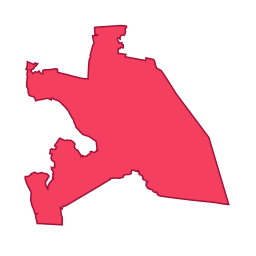 the district of Sarichioi, Romania, rotated 4°
{"feature_id": "2599482B95501245922169", "entity_name": "Sarichioi", "entity_type": "district", "adm_level": 2, "iso_a3": "ROU", "parent_name": "Romania", "parent_adm1": "", "projection": "robinson", "projection_center": [28.799, 44.916], "detail": "fine", "context": "isolated", "style": "filled", "palette": "rose", "viewbox_px": 256, "rotation_deg": 4, "n_neighbors": 0, "source": "geoboundaries", "source_scale": "gbopen_adm2", "svg_char_len": 5601}
<svg xmlns="http://www.w3.org/2000/svg" viewBox="0 0 256 256"><g transform="rotate(4 128 128)"><path d="M209.3,131.8L173.8,90.7L160.7,72.9L157.1,68.4L156.7,68.2L155.8,68.2L155.5,67.5L154.7,67.5L153.3,66.6L152.3,66.4L151.9,65.5L151.7,64.6L150.8,63.1L150.8,62.2L150.3,61.2L149.9,59.5L148.7,57.9L141.1,56.8L140.8,59.5L120.3,57.2L120.7,54.7L112.9,54.3L113.1,53.2L112.8,52.4L112.9,49.4L114.4,49.5L115.1,48.0L117.5,48.5L117.7,47.0L117.6,46.1L117.4,45.3L116.0,45.0L116.0,43.4L114.3,43.7L113.5,44.1L113.4,44.0L113.3,43.4L111.7,41.5L111.3,40.1L111.2,39.3L111.6,38.9L111.9,38.8L113.7,39.4L113.9,40.3L114.2,40.7L114.0,40.2L113.8,38.1L114.4,36.3L114.7,36.1L115.3,36.0L116.3,35.6L118.0,35.6L118.9,32.2L118.4,30.9L118.3,30.0L118.4,29.2L119.1,28.3L119.6,27.1L119.3,26.4L113.6,26.3L101.3,28.0L99.2,28.4L98.7,28.3L90.3,29.5L87.7,30.0L88.4,36.7L89.6,36.9L91.7,37.7L86.3,38.4L86.7,40.5L88.0,45.0L88.2,46.0L87.1,48.2L85.3,57.6L85.2,58.4L85.8,59.3L85.2,60.2L85.0,62.6L84.5,62.8L84.4,69.3L84.7,81.7L80.4,81.8L78.4,81.7L72.7,80.8L61.9,78.7L61.1,78.6L60.5,78.8L59.9,78.4L53.8,77.4L54.0,76.4L53.5,75.6L53.7,74.7L52.7,73.9L51.6,74.0L49.7,74.4L48.5,74.5L48.0,74.8L44.3,75.5L41.2,75.7L39.0,76.5L39.3,79.7L38.6,79.8L37.9,79.7L36.4,78.9L35.7,77.8L35.2,77.3L33.5,79.0L31.5,78.3L29.2,80.4L27.0,77.4L27.3,77.5L27.5,77.4L27.7,76.7L28.0,76.4L29.1,75.7L29.6,75.6L29.9,75.3L29.8,75.0L31.1,72.7L31.6,72.8L33.1,70.8L33.4,70.0L31.5,70.0L30.6,69.6L30.2,70.0L29.8,71.2L23.0,68.9L23.1,70.3L23.0,74.1L22.2,76.7L23.8,76.8L23.8,79.0L23.6,79.1L23.5,82.2L24.1,83.1L24.2,84.1L23.8,85.3L24.0,87.5L23.7,89.0L23.7,89.3L23.9,89.6L24.0,91.1L23.9,92.3L24.2,93.7L24.1,94.0L25.0,95.1L25.4,96.0L26.1,100.1L26.8,101.7L27.1,102.2L27.7,102.6L28.5,102.8L31.1,103.2L32.1,103.7L32.7,104.6L33.4,105.2L33.7,107.0L34.0,107.4L36.4,106.3L38.5,106.0L43.9,104.4L45.7,104.1L47.0,104.2L47.9,105.0L49.7,105.3L49.8,104.8L49.3,103.6L50.7,103.3L51.0,103.3L51.8,103.9L51.9,104.1L51.8,104.3L52.4,104.6L56.2,105.5L58.0,106.5L59.7,107.8L60.9,109.0L61.4,109.1L61.3,109.4L63.3,110.9L64.5,112.3L65.3,112.9L65.7,113.6L66.6,114.3L67.5,115.5L68.8,117.4L69.0,118.2L69.5,118.5L70.4,119.6L70.5,120.3L71.1,121.4L71.6,121.7L72.7,123.2L73.9,125.9L74.1,127.0L74.7,127.6L75.3,128.5L75.8,130.3L76.4,131.3L78.9,133.3L80.6,135.3L81.8,136.1L83.3,137.6L85.6,138.1L87.8,138.8L89.0,138.9L90.1,139.4L94.4,141.9L95.3,142.1L96.1,143.0L97.3,143.8L97.9,147.5L98.7,151.3L99.4,151.9L99.0,152.5L99.0,152.8L98.9,152.8L98.9,152.6L98.2,152.4L98.0,153.2L96.3,154.7L95.2,154.7L93.2,153.9L92.1,154.2L92.0,155.1L92.2,155.6L92.0,156.2L90.0,157.3L89.4,158.1L89.3,158.7L89.0,158.8L88.3,159.1L87.2,159.3L85.3,159.1L84.8,159.6L84.8,158.9L84.2,159.1L84.1,159.4L84.1,159.6L84.0,159.4L84.0,159.0L83.5,158.9L83.3,159.1L83.4,158.6L83.1,158.7L82.7,158.4L81.6,156.7L80.7,155.6L79.7,154.0L79.1,153.6L77.2,152.8L76.8,152.1L76.2,151.6L76.0,151.0L75.9,149.7L76.0,149.5L75.9,149.1L76.2,148.1L76.2,147.5L74.5,145.9L72.2,144.4L70.5,144.2L69.3,144.7L68.0,144.2L66.5,144.8L65.7,144.8L65.2,144.7L64.6,144.3L62.6,143.8L60.9,142.8L60.3,143.3L56.0,150.7L56.0,151.0L58.0,152.0L57.0,154.2L56.6,154.5L53.0,154.2L52.0,155.0L52.1,155.4L51.8,159.2L54.0,159.2L53.3,163.5L54.0,164.8L54.8,166.0L56.4,166.4L56.6,166.5L57.0,167.1L57.3,169.7L57.4,169.9L57.6,172.4L57.4,172.8L56.9,173.0L55.8,172.5L55.3,172.8L54.4,172.6L54.6,173.0L54.4,174.2L56.4,176.7L56.6,178.1L56.8,178.1L56.9,178.7L56.6,178.7L56.4,179.3L56.2,179.4L56.2,179.9L56.8,180.6L56.7,181.2L56.4,181.5L56.5,182.8L56.4,182.8L56.2,183.4L57.3,183.9L56.0,185.2L53.6,188.3L52.3,191.3L52.2,192.3L52.2,194.3L50.9,192.8L51.0,192.5L50.9,192.1L50.1,191.0L49.4,188.0L50.1,186.7L50.2,186.1L51.1,185.1L51.1,184.4L51.6,183.8L51.8,182.8L52.4,182.4L52.5,182.1L52.5,181.3L51.0,179.9L50.3,179.4L49.1,179.1L47.5,179.2L45.6,178.7L44.8,178.4L44.4,178.5L43.6,179.1L40.0,179.8L38.8,178.9L37.8,178.7L37.0,179.0L36.1,179.7L35.1,180.1L34.5,180.5L34.4,180.7L34.6,181.1L34.5,181.3L32.4,182.9L31.2,183.3L28.8,183.6L29.1,186.4L29.6,187.3L29.9,188.3L31.1,190.9L31.6,191.6L32.5,193.4L33.0,194.1L33.7,195.5L34.7,196.8L35.8,198.8L35.9,200.4L36.1,201.0L35.9,201.5L35.9,203.2L36.1,203.9L35.9,205.2L36.1,206.6L36.1,207.4L36.7,208.9L37.5,211.7L37.7,211.8L38.1,213.1L39.7,216.0L39.8,216.6L40.2,217.2L40.6,218.3L40.5,218.7L41.1,219.7L41.5,220.2L43.1,220.0L42.0,221.1L42.0,221.3L41.8,221.7L44.1,229.7L47.2,229.5L69.1,229.2L68.9,224.4L68.5,221.6L68.4,221.4L67.6,219.3L67.1,217.2L66.7,214.7L66.0,212.4L67.9,213.4L67.9,213.0L68.5,210.8L71.3,210.0L103.0,188.1L112.8,181.2L113.9,180.7L113.7,179.6L117.0,179.1L117.9,178.8L123.0,178.7L126.3,177.6L126.3,177.4L126.6,177.2L127.0,176.4L127.0,175.9L128.2,175.0L128.3,174.7L131.7,174.4L133.2,173.9L134.1,173.4L133.9,173.1L134.3,172.6L134.1,172.1L134.2,171.9L134.1,171.2L134.5,170.7L134.6,170.0L135.2,169.8L136.5,169.9L137.4,169.8L138.8,170.6L140.1,170.5L140.4,169.9L141.3,170.3L141.4,170.8L141.8,170.8L142.0,170.9L142.0,171.3L142.3,171.6L142.3,171.9L142.1,172.0L142.4,172.2L142.3,173.3L143.1,173.8L144.1,173.9L145.3,174.4L145.5,174.8L145.5,175.2L146.3,175.8L146.4,176.1L146.4,176.5L146.1,177.5L146.8,178.2L147.5,178.6L148.0,178.6L148.9,179.0L150.0,179.7L150.8,179.9L150.7,180.0L151.2,180.8L150.4,181.1L150.2,181.6L150.0,181.8L150.0,183.9L150.2,184.3L151.3,185.9L151.5,186.4L152.2,186.8L153.6,187.1L154.0,187.6L155.5,187.7L156.4,188.0L157.0,188.5L157.5,189.5L159.0,190.2L160.9,190.6L161.2,189.9L161.3,190.0L161.3,190.3L161.5,190.6L161.5,190.8L161.7,191.1L161.9,192.1L162.1,192.3L162.5,192.7L163.0,192.9L163.3,192.8L163.5,193.1L164.2,193.4L167.2,193.8L176.3,194.4L197.5,195.5L216.6,196.1L222.8,196.5L228.7,197.1L233.8,197.3L209.3,131.8Z" fill="#f43f5e" stroke="#9f1239" stroke-width="1.5"/></g></svg>